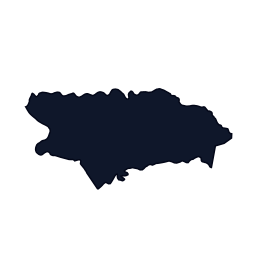 Caffiere, Choiseul, Saint Lucia, rotated 68°
{"feature_id": "8701671B84690280241827", "entity_name": "Caffiere", "entity_type": "district", "adm_level": 2, "iso_a3": "LCA", "parent_name": "Saint Lucia", "parent_adm1": "Choiseul", "projection": "orthographic", "projection_center": [-61.037, 13.785], "detail": "fine", "context": "isolated", "style": "filled", "palette": "ink", "viewbox_px": 256, "rotation_deg": 68, "n_neighbors": 0, "source": "geoboundaries", "source_scale": "gbopen_adm2", "svg_char_len": 5718}
<svg xmlns="http://www.w3.org/2000/svg" viewBox="0 0 256 256"><g transform="rotate(68 128 128)"><path d="M195.9,65.5L177.3,53.7L178.2,44.6L176.1,35.8L172.2,34.0L171.8,34.6L171.7,34.9L171.0,35.4L170.5,35.7L170.1,35.8L169.6,35.9L168.7,35.9L167.5,35.8L167.0,35.8L166.6,35.8L166.2,35.8L165.9,36.1L165.1,37.3L164.8,37.8L164.2,38.8L163.7,39.8L162.7,40.6L162.0,40.7L161.3,40.7L161.0,40.7L160.5,40.8L160.3,41.0L159.9,41.3L159.7,41.7L159.2,42.3L158.6,42.7L156.7,43.3L155.1,43.4L153.5,43.4L152.8,43.4L152.1,43.5L151.4,43.8L150.6,44.3L149.7,44.2L149.5,44.3L148.6,44.8L147.7,45.1L147.4,45.1L146.3,44.7L145.7,44.5L145.0,44.5L144.4,44.7L144.2,44.9L143.0,45.9L142.7,46.4L142.7,46.7L142.7,47.0L142.2,47.4L141.8,47.6L141.1,47.9L139.8,48.3L138.2,48.8L137.7,48.9L137.5,49.1L137.0,49.5L136.8,49.9L136.7,50.4L136.6,51.3L136.4,51.8L136.2,52.2L136.0,52.6L134.8,53.9L133.6,55.4L133.1,56.2L131.8,58.4L131.6,58.9L131.2,60.1L131.0,61.0L130.8,62.3L129.9,65.1L129.4,66.2L128.6,67.2L128.2,67.9L127.8,68.4L127.1,69.5L126.9,69.6L126.4,70.0L126.2,70.1L125.7,70.3L124.4,70.7L122.9,70.9L122.6,70.9L121.6,70.3L121.0,70.0L120.3,69.9L119.8,69.9L119.5,70.0L119.3,70.1L119.0,70.3L118.2,71.2L117.8,71.7L117.1,72.1L116.5,72.2L116.2,72.3L115.9,72.5L115.7,72.7L115.5,73.0L115.0,73.8L114.7,74.6L114.5,75.0L114.1,75.6L114.0,75.8L113.8,75.9L113.7,76.0L112.7,75.9L112.4,76.0L112.2,76.0L111.8,76.2L111.0,77.0L110.2,77.5L109.1,78.5L108.6,78.9L106.9,80.2L105.8,81.3L105.0,82.3L104.0,83.3L103.5,84.0L103.3,84.6L103.2,85.2L103.1,85.8L102.9,86.6L102.8,87.0L102.9,87.6L103.1,89.5L103.2,89.9L103.4,90.6L103.4,91.3L103.6,92.5L103.5,92.9L103.4,93.5L103.2,93.9L102.7,95.7L101.4,97.6L101.0,98.3L100.9,98.8L100.7,99.2L100.5,99.6L100.0,101.2L99.6,102.2L99.5,102.8L99.6,103.2L100.4,104.5L100.9,105.6L101.0,106.1L101.1,106.5L101.0,107.1L100.9,107.4L100.9,107.7L100.3,108.5L99.7,109.0L99.2,109.4L98.8,109.7L98.5,109.9L97.9,110.0L96.8,110.1L96.3,110.3L95.5,110.7L95.3,110.9L95.0,111.4L95.0,111.8L95.5,112.9L95.9,113.9L96.4,114.4L97.0,114.9L97.4,115.1L98.3,115.3L100.2,115.7L100.9,116.3L101.1,117.4L100.9,118.3L100.1,118.5L99.4,118.9L98.9,119.1L97.0,119.3L95.8,119.4L95.0,119.5L93.6,120.3L92.5,120.8L91.2,121.3L90.4,121.9L89.1,122.6L88.8,122.8L88.6,123.1L88.4,123.3L87.3,125.0L87.2,125.3L86.9,126.4L86.7,127.3L86.7,127.6L86.7,128.0L86.8,128.4L87.1,128.9L87.8,129.8L88.2,130.5L89.4,131.8L89.6,132.1L90.0,132.9L90.3,134.2L90.3,134.6L90.2,134.8L89.7,135.6L89.3,136.0L88.5,136.4L87.1,137.0L86.4,137.4L86.0,137.7L84.8,139.1L84.4,139.7L84.2,140.1L84.0,140.5L83.9,141.1L83.8,142.3L83.9,143.0L84.2,144.6L84.5,145.4L84.6,145.6L84.8,147.5L84.8,148.2L84.7,148.6L84.6,148.9L84.4,149.2L84.2,149.2L83.3,150.2L83.1,150.5L82.5,151.1L81.9,151.7L81.1,152.6L80.8,153.3L80.7,154.0L80.5,154.9L80.6,155.6L80.8,157.1L81.0,157.8L81.2,158.7L81.3,160.3L81.4,160.6L81.3,161.4L80.9,162.3L80.6,162.8L79.4,163.9L78.9,164.2L76.0,165.1L75.4,165.4L75.2,165.8L75.1,166.2L75.1,166.6L75.2,167.5L75.0,168.3L74.9,169.6L74.8,170.6L74.9,172.7L74.9,173.1L74.7,174.3L74.2,175.8L73.9,176.3L73.4,176.8L73.0,177.0L71.9,177.4L71.0,177.6L69.8,178.0L69.6,178.1L69.2,178.5L68.4,179.9L68.3,180.2L68.2,180.7L67.9,183.0L68.0,184.9L67.9,185.4L67.9,185.6L67.6,186.5L67.4,187.0L67.2,187.3L65.7,189.1L64.5,190.9L63.2,193.3L62.9,194.0L62.8,194.4L62.7,196.1L62.6,196.7L62.7,197.2L62.9,197.7L63.1,198.0L63.6,198.4L63.8,198.6L64.1,199.0L64.6,200.3L64.7,200.6L64.7,201.0L64.5,201.4L64.1,201.8L63.8,201.9L61.2,202.8L60.7,203.2L60.1,203.6L60.1,203.8L60.1,204.0L61.1,205.0L61.8,205.5L63.6,207.6L64.5,208.5L65.0,208.9L65.4,209.1L66.0,209.2L66.8,209.7L67.4,210.3L68.9,211.7L69.5,212.7L69.9,213.3L70.1,214.2L70.2,214.6L70.1,214.9L73.4,214.5L76.7,213.9L78.7,213.2L81.0,212.1L83.6,210.7L84.4,210.2L87.0,209.1L88.5,208.2L91.9,205.6L94.3,203.4L96.7,201.5L98.4,201.2L99.8,200.8L101.0,201.0L102.6,201.7L103.5,202.6L106.0,204.8L107.1,206.1L107.7,207.2L108.0,208.5L108.1,209.6L107.7,212.3L107.9,213.3L108.6,215.5L108.7,217.1L109.5,218.9L111.3,220.6L113.0,221.6L114.5,222.0L116.1,222.0L116.9,221.7L118.9,220.6L120.1,219.4L120.5,218.2L120.5,217.7L120.4,217.2L120.2,216.5L119.8,215.1L119.6,214.2L119.6,213.6L119.5,213.1L119.5,212.4L119.6,211.9L120.0,211.1L120.5,210.6L120.9,210.3L121.4,210.0L122.2,209.8L123.2,209.8L123.7,209.6L124.8,208.6L125.2,208.1L125.5,207.6L125.9,206.4L126.2,205.9L126.6,205.3L128.0,203.6L129.6,201.7L134.5,195.2L135.1,194.4L135.7,193.0L136.0,192.3L136.2,191.7L136.4,191.1L136.8,190.7L137.2,190.3L137.7,190.0L138.1,189.8L138.5,189.7L138.7,187.4L138.9,185.9L139.1,185.1L139.4,184.6L139.6,184.4L140.2,184.2L140.8,184.1L141.2,184.2L141.7,184.5L143.1,185.3L143.5,185.4L143.9,185.3L144.3,185.2L144.8,185.1L146.3,184.6L146.7,184.5L148.9,183.8L151.5,183.3L151.3,183.6L152.3,183.0L154.2,183.0L173.5,178.9L173.4,178.9L172.9,177.3L172.2,175.2L171.4,173.3L170.6,171.8L169.9,169.5L170.5,168.5L172.4,166.9L172.9,165.3L171.8,163.6L169.6,160.7L167.9,158.6L166.6,156.8L166.6,155.4L167.5,155.4L168.3,155.8L170.4,156.4L172.5,156.0L173.5,154.4L174.8,153.0L174.9,151.8L174.4,150.5L173.9,150.4L173.3,150.8L170.0,152.5L170.0,150.9L170.7,150.0L171.4,147.9L171.3,145.6L170.6,145.2L169.0,145.6L168.2,146.6L167.2,147.4L166.4,147.4L165.8,145.9L165.4,143.3L166.1,141.0L166.4,138.7L167.5,137.1L169.3,134.3L171.3,132.5L172.1,130.4L171.6,128.6L170.5,126.2L170.5,124.9L169.9,123.0L170.0,121.1L171.5,119.2L171.5,117.6L171.3,115.1L171.6,114.5L172.2,112.2L172.9,108.9L173.4,106.1L173.9,102.3L175.8,99.8L177.6,98.1L178.7,96.0L179.0,92.3L178.6,90.2L179.8,88.7L181.9,86.8L182.6,85.2L181.5,83.3L180.9,81.3L181.3,79.2L180.9,77.9L180.7,75.3L180.8,73.4L181.6,72.4L183.2,71.5L184.1,71.6L185.2,72.1L186.3,72.1L187.1,71.7L187.7,70.8L188.5,69.9L189.3,68.7L190.9,67.4L192.8,66.7L194.3,66.6L194.8,66.5L195.9,65.6L195.9,65.5Z" fill="#0f172a" stroke="#020617" stroke-width="1.5"/></g></svg>